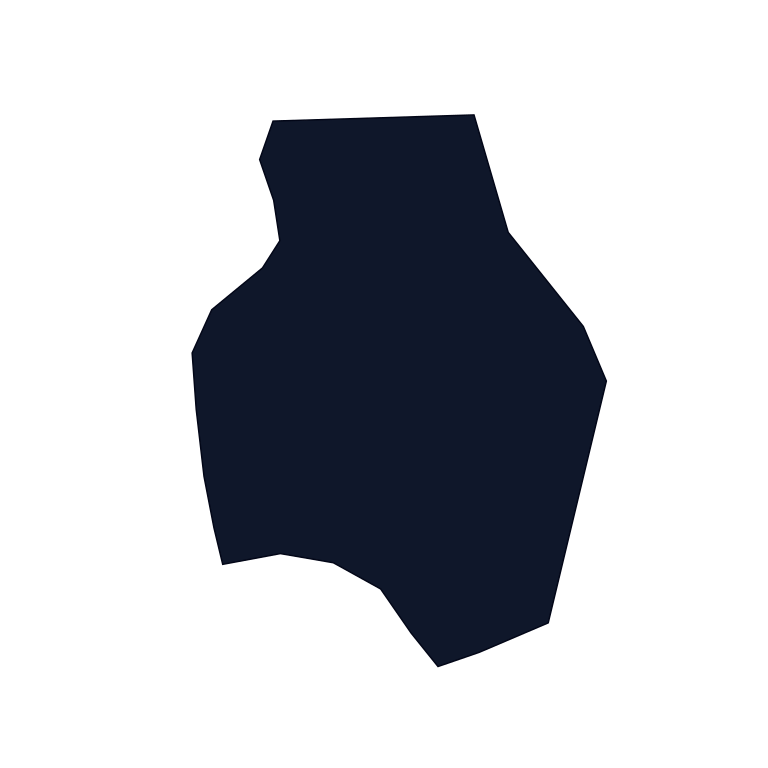 the state/province of Ordino, rotated 71°
{"feature_id": "AND-4878", "entity_name": "Ordino", "entity_type": "state/province", "adm_level": 1, "iso_a3": "AND", "parent_name": "Andorra", "parent_adm1": "", "projection": "natural_earth1", "projection_center": [1.528, 42.606], "detail": "fine", "context": "isolated", "style": "filled", "palette": "ink", "viewbox_px": 768, "rotation_deg": 71, "n_neighbors": 0, "source": "natural_earth", "source_scale": "10m", "svg_char_len": 445}
<svg xmlns="http://www.w3.org/2000/svg" viewBox="0 0 768 768"><g transform="rotate(71 384 384)"><path d="M453.6,172.8L663.3,306.5L668.7,381.4L668.7,424.9L628.4,439.4L576.7,453.9L536.5,490.1L510.6,537.2L502.0,595.2L464.6,591.6L412.9,584.3L346.8,569.8L292.2,555.3L257.7,522.7L234.7,461.1L214.6,435.8L174.4,428.5L131.3,428.5L99.3,403.3L158.9,211.3L281.1,217.2L394.5,176.8L453.6,172.8Z" fill="#0f172a" stroke="#020617" stroke-width="1.5"/></g></svg>